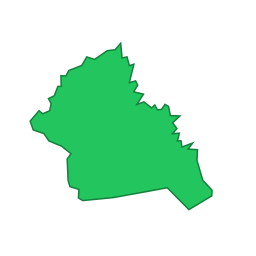 outline of Fleming, Kentucky, United States of America, rotated 193°
{"feature_id": "52423323B16760069274755", "entity_name": "Fleming", "entity_type": "district", "adm_level": 2, "iso_a3": "USA", "parent_name": "United States of America", "parent_adm1": "Kentucky", "projection": "natural_earth1", "projection_center": [-83.696, 38.348], "detail": "fine", "context": "isolated", "style": "filled", "palette": "green", "viewbox_px": 256, "rotation_deg": 193, "n_neighbors": 0, "source": "geoboundaries", "source_scale": "gbopen_adm2", "svg_char_len": 925}
<svg xmlns="http://www.w3.org/2000/svg" viewBox="0 0 256 256"><g transform="rotate(193 128 128)"><path d="M50.3,62.2L31.1,80.7L32.1,86.3L43.4,93.9L53.5,112.0L55.4,122.5L64.7,121.0L61.6,127.9L71.2,121.6L73.5,127.5L76.9,126.5L76.8,134.5L83.4,132.5L80.2,138.4L85.6,143.1L80.2,151.4L89.5,149.6L93.3,158.1L97.2,159.4L99.6,153.6L103.6,152.4L107.1,156.5L109.5,152.9L118.4,157.0L124.6,153.0L120.5,164.5L130.6,164.5L128.2,171.9L131.2,175.6L136.9,172.5L136.6,191.5L140.7,189.1L145.0,197.1L149.5,194.9L154.2,208.9L158.2,201.3L165.6,198.7L176.0,187.3L184.2,188.0L187.1,178.6L198.6,170.7L200.3,164.7L205.1,163.9L202.5,153.6L205.7,152.7L207.1,142.8L212.1,138.8L208.4,134.5L208.2,127.2L214.3,122.7L218.6,124.8L224.9,112.7L219.9,104.8L208.6,103.6L202.2,97.6L188.5,95.3L177.8,90.1L180.3,84.1L174.6,63.5L171.4,57.8L162.0,57.1L160.6,48.7L155.8,47.1L126.6,56.9L76.3,78.6L50.3,62.2Z" fill="#22c55e" stroke="#15803d" stroke-width="1.5"/></g></svg>